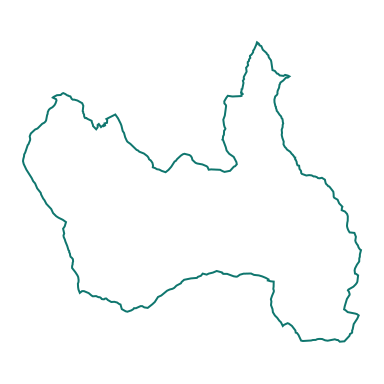 the district of Apold, Mures, Romania
{"feature_id": "2599482B12503571403432", "entity_name": "Apold", "entity_type": "district", "adm_level": 2, "iso_a3": "ROU", "parent_name": "Romania", "parent_adm1": "Mures", "projection": "mercator", "projection_center": [24.86, 46.147], "detail": "fine", "context": "isolated", "style": "outline", "palette": "teal", "viewbox_px": 384, "rotation_deg": 0, "n_neighbors": 0, "source": "geoboundaries", "source_scale": "gbopen_adm2", "svg_char_len": 5919}
<svg xmlns="http://www.w3.org/2000/svg" viewBox="0 0 384 384"><path d="M79.8,292.9L82.1,291.1L83.9,291.1L88.7,293.1L91.5,295.5L92.8,296.3L96.1,296.1L98.5,297.2L99.7,297.2L100.8,297.8L101.7,299.0L102.6,299.2L104.0,299.3L105.2,298.5L106.3,298.5L107.8,300.0L111.3,302.0L114.3,301.8L117.1,302.5L119.2,304.0L120.5,304.5L121.8,309.1L125.7,311.3L127.4,311.7L131.3,310.4L133.4,309.1L134.0,308.2L136.0,308.2L140.6,306.1L142.2,306.1L144.3,307.4L147.7,307.9L152.3,304.3L154.8,302.0L158.0,297.0L161.3,295.5L167.1,290.7L169.7,289.5L172.5,288.8L174.2,287.9L176.5,285.6L180.9,283.3L181.6,282.0L184.1,279.8L191.0,278.4L196.9,277.9L198.0,276.8L200.9,275.8L202.7,273.6L206.7,274.6L208.7,273.6L212.9,272.6L216.7,271.0L221.9,272.4L222.4,272.7L222.4,273.3L223.3,273.9L227.2,273.9L233.7,276.3L236.3,276.7L237.4,276.5L239.9,274.7L243.5,273.7L251.0,273.5L254.0,274.9L258.8,275.4L262.2,276.4L265.8,277.9L268.5,279.4L267.9,280.5L270.7,281.3L273.7,281.6L273.6,286.6L273.3,289.0L273.8,290.3L273.8,291.7L272.1,295.7L270.9,299.2L271.4,301.5L271.0,305.1L272.5,309.1L272.9,312.2L274.9,315.5L277.2,317.8L279.3,320.7L280.9,322.2L282.8,326.0L283.9,324.9L287.6,323.2L288.9,323.7L291.9,325.9L295.4,330.5L295.7,332.6L297.0,333.0L298.5,335.0L301.1,340.6L302.9,341.0L311.1,340.5L312.9,340.0L315.7,339.9L317.2,339.2L319.2,338.9L322.1,339.0L325.1,340.3L327.7,340.7L334.8,339.3L336.9,340.0L337.9,340.0L339.8,341.7L344.4,341.3L349.4,335.9L350.1,333.9L351.7,333.1L352.2,332.2L352.1,330.6L352.7,329.2L353.7,324.1L357.3,318.6L358.7,315.4L356.9,314.1L355.3,313.6L347.7,312.1L345.4,310.1L344.1,309.4L344.7,306.4L346.9,299.0L349.6,294.8L349.6,293.9L348.9,291.7L347.9,290.3L348.5,289.5L353.4,286.7L355.7,284.4L357.0,282.6L357.4,281.4L358.1,275.4L356.1,273.9L355.0,273.6L354.6,270.4L355.0,268.5L357.0,264.6L359.2,261.5L359.3,258.3L359.8,256.9L359.9,254.3L361.0,250.1L359.9,249.4L358.6,247.5L357.8,245.2L357.2,244.6L355.7,242.1L355.3,240.5L355.9,236.8L354.4,232.9L349.6,232.4L348.4,230.4L347.6,228.5L347.1,226.7L347.0,225.6L347.3,222.6L347.7,220.9L347.8,216.3L347.1,214.0L344.9,211.5L341.7,210.2L341.9,208.0L342.4,206.7L339.2,203.4L337.6,199.7L334.3,197.8L333.9,197.2L333.7,196.8L333.6,193.9L333.3,191.7L329.7,187.0L328.9,186.3L328.2,186.2L327.2,184.9L326.3,184.2L325.6,182.9L324.9,179.7L321.9,177.8L319.6,178.3L318.0,178.1L316.8,177.1L314.8,176.4L313.7,176.5L311.7,175.4L309.2,175.1L306.3,175.5L301.9,173.9L301.2,173.0L301.1,171.4L300.8,170.6L299.5,168.9L299.1,165.7L297.5,165.3L296.8,163.4L296.6,161.8L295.7,159.8L295.2,159.5L295.2,157.8L294.8,157.9L293.7,156.0L293.0,155.3L292.9,154.9L291.8,154.0L290.2,151.8L286.8,149.4L286.3,148.4L284.8,146.9L283.8,145.0L283.5,144.4L283.7,141.6L282.4,138.0L281.7,134.9L282.0,133.0L281.7,129.7L282.6,127.2L282.7,124.7L283.2,123.5L282.8,121.8L282.7,120.4L282.4,118.9L281.7,118.3L281.1,116.4L279.6,114.8L277.6,111.8L276.7,110.8L276.6,109.7L275.9,108.0L276.0,107.0L275.5,106.5L274.5,102.3L274.4,99.6L275.2,96.5L276.9,94.9L277.5,93.7L277.4,92.3L277.7,90.7L279.1,87.6L279.5,84.6L280.0,84.0L280.4,82.6L283.3,80.5L286.0,77.6L287.8,77.6L289.4,76.4L287.9,75.6L285.1,74.9L283.5,75.9L279.7,75.4L278.1,73.8L277.2,73.7L276.7,73.2L274.8,70.9L272.5,70.1L271.3,61.8L270.9,60.2L269.1,57.8L268.6,56.8L268.4,55.4L266.7,53.7L266.5,53.0L262.8,49.7L261.3,46.1L259.6,45.4L259.2,44.9L259.3,44.4L258.6,43.5L257.0,42.3L256.6,43.4L256.9,43.8L256.9,44.2L256.3,44.6L254.0,49.7L253.2,50.5L253.1,52.3L251.5,54.6L250.0,55.8L249.9,56.5L250.3,57.9L249.4,58.9L249.0,59.7L248.9,61.0L247.8,62.0L247.7,63.8L248.1,64.8L248.1,65.3L246.1,67.8L246.6,71.7L243.9,76.7L243.7,78.1L244.1,79.0L242.9,80.8L243.5,82.9L242.3,88.9L241.6,89.2L241.5,91.2L241.0,92.3L241.3,93.4L242.2,93.3L242.7,94.0L241.5,94.9L241.5,95.9L240.6,96.1L232.4,96.5L227.8,95.8L226.3,97.8L224.3,101.3L224.4,103.4L225.8,105.0L226.1,106.0L224.8,115.6L223.3,119.7L224.0,124.9L224.6,127.1L225.4,128.5L225.2,129.3L224.1,130.8L223.9,134.8L223.1,136.2L222.8,139.1L222.5,139.6L223.0,139.8L225.8,147.3L226.6,150.5L229.2,153.8L233.7,156.9L236.4,162.1L236.7,163.8L236.8,164.3L235.1,166.2L233.8,166.7L230.1,170.8L224.5,171.9L222.5,171.1L220.1,169.8L211.1,169.4L208.7,169.7L207.6,167.1L206.6,166.2L202.3,164.4L197.2,163.5L195.5,162.8L192.4,159.9L191.8,157.5L190.6,155.8L189.3,155.0L184.4,153.8L182.8,154.3L180.9,155.6L177.1,159.1L175.8,160.9L174.6,161.5L171.3,166.7L168.5,169.9L165.6,172.2L161.7,170.9L159.3,169.6L156.9,169.2L155.1,168.1L152.8,167.3L153.0,165.3L152.4,162.8L150.8,160.5L149.1,159.3L148.4,157.5L147.3,156.1L143.9,153.5L139.3,151.7L137.9,150.4L136.6,149.9L130.4,143.9L127.6,141.9L126.9,141.0L125.2,137.3L124.0,132.9L122.7,131.0L121.4,125.5L120.6,123.5L118.0,118.3L115.3,114.5L106.4,119.0L107.2,119.9L107.0,122.8L104.6,123.4L105.1,125.4L103.7,126.1L103.3,125.2L101.0,127.1L98.8,124.0L97.6,125.0L97.7,126.7L97.6,127.4L96.2,129.3L93.0,126.0L92.9,124.8L92.0,122.6L91.6,120.8L87.1,118.7L86.5,118.0L85.2,118.1L84.8,117.8L84.1,116.1L84.1,114.6L83.2,113.0L83.2,111.9L82.7,111.2L83.3,105.8L82.2,103.2L77.4,100.5L74.1,99.6L72.9,99.7L71.7,98.9L70.4,96.4L69.0,96.1L68.4,95.6L67.5,95.5L65.1,93.9L63.2,93.1L61.9,93.8L60.7,95.0L57.0,95.2L53.4,97.0L52.8,97.6L56.1,99.2L56.5,100.5L55.5,103.4L54.4,105.3L52.5,107.2L50.2,108.5L48.9,109.7L47.8,112.0L47.6,114.0L47.1,115.1L46.1,120.4L45.5,121.5L44.3,122.7L42.2,123.8L37.5,128.5L35.1,129.5L30.8,133.5L29.7,136.3L30.2,139.0L30.1,140.1L28.5,144.2L27.7,145.1L25.2,152.6L24.2,154.4L24.0,156.5L23.3,159.0L23.0,161.1L23.7,164.0L26.4,169.7L31.6,177.9L33.2,181.2L35.1,183.4L37.2,188.4L40.7,192.8L41.1,194.5L43.2,198.6L44.4,200.1L46.4,203.9L51.2,209.0L53.1,213.1L56.2,216.2L58.5,217.7L62.8,219.8L66.0,222.1L64.7,226.4L63.1,228.7L64.2,233.5L63.5,235.4L63.7,237.0L64.9,239.7L65.4,241.5L67.2,245.9L68.5,250.2L69.2,251.0L69.2,252.3L69.9,253.5L70.2,255.7L70.6,256.8L71.8,257.8L72.9,259.2L73.1,261.4L72.6,263.1L72.7,264.0L72.1,266.1L72.1,268.0L75.3,272.1L77.5,275.5L78.2,277.1L78.6,280.0L78.5,282.0L77.9,283.7L78.1,287.3L78.5,289.6L79.8,292.9Z" fill="none" stroke="#0f766e" stroke-width="2"/></svg>